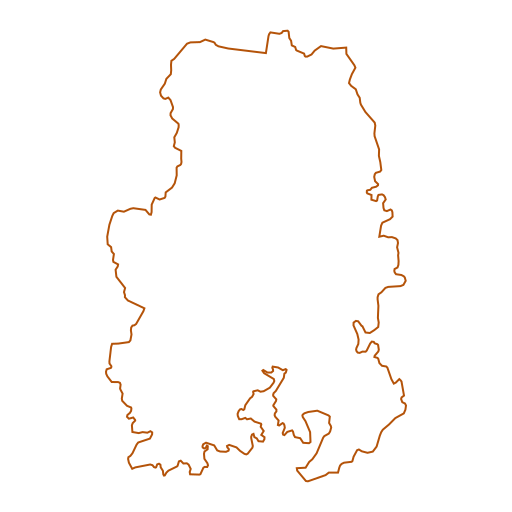 an SVG outline of Udmurt
{"feature_id": "RUS-2387", "entity_name": "Udmurt", "entity_type": "Republic", "adm_level": 1, "iso_a3": "RUS", "parent_name": "Russia", "parent_adm1": "", "projection": "albers", "projection_center": [52.789, 57.2], "detail": "fine", "context": "isolated", "style": "outline", "palette": "amber", "viewbox_px": 512, "rotation_deg": 0, "n_neighbors": 0, "source": "natural_earth", "source_scale": "10m", "svg_char_len": 6071}
<svg xmlns="http://www.w3.org/2000/svg" viewBox="0 0 512 512"><path d="M404.0,395.6L401.6,397.4L401.1,399.0L402.3,402.2L405.0,403.5L406.0,405.5L405.4,409.7L403.8,413.4L395.3,418.1L389.0,424.5L382.8,429.7L381.2,432.2L379.8,435.7L376.6,446.6L372.8,451.6L367.5,452.8L361.8,451.3L358.9,449.5L357.1,450.2L353.6,456.7L352.4,461.1L351.6,461.8L344.0,462.7L341.6,463.9L340.1,465.5L339.3,467.6L338.0,472.6L328.8,472.6L325.6,475.1L307.9,481.3L305.9,481.0L297.2,470.6L296.8,468.2L305.6,467.7L309.2,461.9L312.3,459.3L316.6,453.3L323.2,437.6L324.3,436.1L328.8,433.6L330.1,431.5L331.2,427.5L330.8,425.9L329.1,423.0L329.8,416.6L328.5,415.4L317.3,410.7L308.2,412.0L304.4,413.3L302.7,414.7L302.4,415.5L302.8,417.1L305.5,421.2L310.1,432.1L310.5,442.0L309.0,443.2L303.2,442.8L300.2,438.2L295.0,437.1L293.8,434.9L293.0,431.6L292.1,430.4L287.3,431.9L284.4,435.1L283.1,434.6L282.7,433.0L284.8,427.8L284.4,425.2L283.6,423.6L282.6,423.1L279.1,425.5L277.9,425.0L278.6,420.5L275.2,416.7L274.6,415.1L274.9,413.4L276.4,411.4L276.4,409.6L273.4,406.1L273.3,405.3L276.0,401.0L276.3,399.3L273.3,396.0L273.1,395.0L273.6,393.2L275.8,391.0L283.8,377.8L284.4,373.6L285.8,372.6L286.6,369.9L285.7,369.1L282.8,370.2L278.1,367.5L272.7,366.6L272.3,367.8L273.0,369.4L273.1,371.0L271.3,372.5L267.4,372.5L263.3,370.0L262.4,370.7L264.1,373.2L273.8,379.0L274.3,381.0L273.6,382.7L269.8,387.7L263.7,391.2L260.5,391.7L257.7,390.3L253.4,391.3L253.1,391.9L253.6,394.0L252.1,396.8L250.1,398.3L245.3,405.2L244.3,409.3L243.3,410.0L241.4,409.0L240.0,409.4L238.6,411.2L237.6,413.9L237.8,415.9L239.2,419.2L241.6,419.2L245.3,417.9L247.0,419.3L250.8,418.5L254.5,421.6L261.0,423.7L261.3,424.4L260.7,426.8L263.7,431.0L261.3,434.9L264.5,437.2L264.4,439.2L263.0,441.6L258.5,441.2L256.8,438.4L254.4,437.1L253.5,433.9L252.0,434.6L251.2,436.8L251.2,438.0L252.8,446.0L252.4,447.7L247.7,453.7L246.3,454.4L244.5,453.9L240.1,450.9L236.5,447.4L229.2,444.9L227.0,446.0L227.3,447.3L228.9,449.2L228.5,450.7L226.0,451.8L220.1,451.5L217.2,450.4L214.2,445.4L206.0,442.7L203.2,444.3L202.5,446.2L202.7,447.5L204.2,448.5L205.7,447.9L206.9,445.6L207.8,446.2L207.6,449.3L204.5,451.5L204.0,453.8L204.4,458.8L207.4,463.2L208.0,465.3L207.2,467.0L204.7,466.9L203.4,467.7L200.4,474.2L199.4,474.6L190.1,474.3L189.7,472.0L190.7,468.9L188.6,464.6L186.8,463.3L183.4,463.5L180.7,460.7L178.9,461.4L177.6,465.8L176.9,466.5L168.5,470.6L166.4,472.6L164.8,475.4L164.0,475.6L163.3,474.4L162.9,470.8L160.7,467.3L160.4,464.7L159.0,463.7L157.2,464.4L156.1,467.3L155.4,467.6L154.0,467.1L152.5,465.2L150.2,464.5L135.3,467.4L132.2,468.8L128.9,462.7L128.1,459.0L128.4,457.2L130.4,455.9L132.5,453.2L136.6,444.6L138.2,442.5L149.9,438.6L152.1,434.4L152.2,432.4L150.4,431.2L147.4,432.7L142.6,432.1L138.7,433.1L132.4,432.0L131.9,425.3L132.7,423.1L135.2,420.6L135.1,419.9L133.2,417.5L128.9,418.7L127.0,416.8L127.4,415.0L129.9,412.9L131.1,410.9L131.4,408.6L131.1,407.5L127.0,405.8L122.2,400.8L121.8,398.6L122.6,393.6L120.4,389.5L120.1,388.4L120.6,384.6L119.9,382.8L118.2,382.1L111.7,382.0L107.4,376.4L106.2,373.8L106.0,371.7L106.7,369.3L110.9,367.9L111.4,366.9L111.3,366.1L109.5,363.5L109.4,361.4L111.1,347.0L112.1,343.8L118.2,343.6L128.9,342.1L130.4,340.4L131.5,334.5L130.9,330.3L131.2,327.5L132.5,325.6L134.3,325.3L136.1,324.0L143.4,311.2L144.4,308.3L127.9,300.5L124.9,297.2L125.0,295.2L124.0,292.1L125.1,288.0L116.4,276.8L115.6,269.7L117.7,266.5L118.1,264.4L113.4,261.9L113.0,260.0L113.9,254.0L111.7,251.5L111.1,247.1L107.7,244.3L107.2,236.7L109.4,224.7L112.3,215.9L113.7,213.1L117.8,210.6L123.9,211.7L130.4,208.8L133.3,208.2L145.5,209.9L149.3,214.4L150.9,214.7L151.6,212.1L151.7,204.6L154.7,198.0L155.4,197.5L159.6,199.5L164.6,197.9L165.4,196.6L165.7,192.4L172.0,187.6L174.7,183.3L176.7,175.4L176.6,167.7L177.4,166.4L180.3,165.0L181.1,164.0L181.5,162.0L181.2,158.7L181.3,150.9L175.1,147.8L173.8,146.2L174.8,142.4L174.3,137.3L176.8,132.9L178.6,127.3L178.7,125.0L178.4,123.7L172.2,118.5L170.5,115.3L170.6,113.1L172.9,109.1L173.0,107.1L170.5,100.1L168.3,97.6L165.3,98.9L163.5,98.4L161.0,95.7L160.1,92.4L160.8,89.5L164.8,83.7L166.4,78.8L170.8,74.2L171.2,70.4L171.0,64.8L171.4,60.8L174.2,58.9L187.0,43.7L190.4,42.4L200.0,42.1L205.3,39.6L213.5,42.1L214.5,42.7L215.8,44.8L218.4,46.3L228.2,48.5L265.9,53.1L268.5,36.1L269.1,34.2L270.4,32.4L279.4,33.8L281.6,33.0L283.1,31.1L287.6,30.7L288.6,31.8L289.3,38.0L291.1,40.8L291.8,45.4L295.2,47.0L296.1,50.0L296.9,50.6L304.1,53.6L304.8,56.0L305.5,56.6L307.2,56.6L311.5,54.5L314.7,50.6L321.0,46.1L333.3,48.6L346.2,47.6L346.4,53.9L354.4,65.3L355.4,67.7L351.9,74.1L349.9,79.4L349.0,83.1L351.2,85.9L355.8,89.3L357.5,94.4L359.7,97.8L360.3,102.7L360.9,104.6L365.4,112.0L374.7,122.6L375.3,125.6L374.4,133.4L374.6,136.2L379.1,149.4L378.9,155.9L380.3,162.2L381.3,170.0L380.1,171.6L375.9,172.8L374.8,174.2L374.2,176.9L375.1,181.2L378.1,184.1L378.0,185.3L376.2,186.7L371.9,187.8L370.3,189.8L367.4,190.3L366.9,190.7L366.8,192.6L367.3,193.4L371.5,195.0L371.4,199.7L376.1,201.1L377.1,200.5L377.8,196.4L378.5,194.9L382.0,194.4L383.6,195.2L385.0,197.2L385.7,199.5L383.1,203.2L383.5,207.9L384.3,210.3L386.9,211.1L390.5,209.5L391.8,210.4L392.4,212.2L392.6,216.6L390.0,219.2L382.4,222.7L381.1,225.6L379.3,236.7L383.7,235.7L388.2,237.3L391.9,237.1L395.7,238.4L397.5,240.1L398.0,243.0L397.1,247.3L398.5,252.9L398.1,255.2L398.6,261.2L398.4,264.9L397.5,267.5L394.6,269.0L394.3,270.9L394.7,272.4L396.0,274.2L401.4,275.0L403.8,276.3L404.8,277.5L405.7,280.8L403.4,284.9L400.5,286.1L388.2,286.9L385.4,287.9L381.4,292.3L378.5,294.3L377.6,297.2L377.6,299.3L378.4,305.8L377.9,317.9L378.7,322.5L378.2,327.0L374.3,330.1L369.8,333.0L365.5,332.5L362.4,326.2L361.6,325.9L358.2,321.3L355.9,320.9L353.6,322.6L353.5,325.4L357.3,334.0L358.6,339.6L358.3,344.0L356.4,348.1L356.1,349.7L356.6,351.3L357.7,352.6L359.6,352.9L362.5,351.6L365.6,351.7L366.7,350.6L370.2,343.5L371.8,341.6L373.8,341.9L374.6,343.3L377.4,344.2L378.1,345.0L378.8,349.7L378.3,351.5L374.7,355.7L374.4,357.0L377.5,357.9L378.3,358.9L379.4,363.1L382.0,365.8L386.3,366.5L387.4,367.7L391.4,379.2L393.8,383.6L395.8,382.6L399.3,379.1L400.5,380.2L401.5,381.5L404.0,395.6Z" fill="none" stroke="#b45309" stroke-width="2"/></svg>